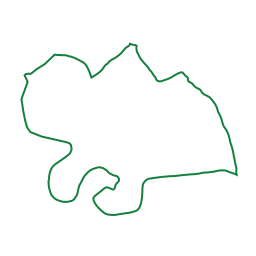 Al Abdiyah, Ma'rib, Yemen, rotated 81°
{"feature_id": "15242507B67185133145675", "entity_name": "Al Abdiyah", "entity_type": "district", "adm_level": 2, "iso_a3": "YEM", "parent_name": "Yemen", "parent_adm1": "Ma'rib", "projection": "natural_earth1", "projection_center": [45.391, 14.717], "detail": "fine", "context": "isolated", "style": "outline", "palette": "green", "viewbox_px": 256, "rotation_deg": 81, "n_neighbors": 0, "source": "geoboundaries", "source_scale": "gbopen_adm2", "svg_char_len": 5771}
<svg xmlns="http://www.w3.org/2000/svg" viewBox="0 0 256 256"><g transform="rotate(81 128 128)"><path d="M170.4,215.1L171.3,215.2L172.7,215.3L172.9,215.3L174.3,215.3L175.9,215.2L177.7,215.0L179.3,214.7L181.0,214.3L182.5,214.0L183.6,213.1L185.3,212.2L187.2,210.3L188.1,209.0L189.3,206.8L190.7,203.7L191.0,202.0L191.4,200.3L191.4,198.7L191.3,196.8L191.2,195.7L191.2,195.1L190.7,193.6L189.9,192.3L188.8,191.3L187.7,190.2L186.7,189.4L185.4,188.5L184.0,187.9L182.6,187.4L181.4,186.9L180.7,186.7L179.5,186.1L178.5,185.7L177.1,185.0L175.8,184.0L174.6,183.0L173.4,182.1L172.1,181.2L170.8,180.3L169.6,179.4L168.4,178.3L167.2,176.8L166.2,175.4L165.2,174.2L164.3,172.5L163.6,171.1L163.1,169.5L162.8,167.8L162.5,166.2L162.3,164.5L162.2,162.6L162.8,161.0L163.5,159.3L164.6,157.8L165.4,157.1L166.3,155.8L167.7,155.0L168.9,154.2L170.0,153.1L171.0,151.7L172.0,150.4L172.8,149.0L173.3,147.5L174.3,146.1L175.2,145.4L176.7,144.9L178.2,145.1L179.5,145.9L180.5,147.2L181.4,148.5L182.7,149.4L184.2,149.9L185.7,150.8L186.5,152.2L185.8,153.7L184.9,155.0L184.1,156.4L183.3,157.8L183.4,159.7L184.1,161.1L185.0,162.6L186.0,164.3L186.9,165.9L187.8,167.6L188.7,169.1L189.5,170.7L190.5,172.1L191.7,173.1L193.0,173.3L193.3,173.3L194.7,173.1L196.2,172.7L197.6,172.1L199.2,171.5L200.6,170.7L201.9,169.8L203.4,168.8L204.6,167.8L205.3,167.3L206.0,166.7L207.3,165.6L208.0,164.9L208.5,164.5L209.5,163.0L210.2,161.6L210.8,159.7L211.2,158.2L211.6,156.2L211.8,154.2L211.8,152.4L211.8,150.7L211.8,149.0L211.8,148.3L211.8,147.1L211.8,146.7L211.8,145.4L211.8,143.4L211.9,141.5L211.9,139.7L211.7,137.5L211.6,135.9L211.3,134.2L210.9,132.4L210.1,131.0L209.4,130.2L209.0,129.7L207.7,128.7L206.4,128.0L204.9,127.2L203.4,126.5L201.9,126.1L200.3,125.5L198.9,125.1L197.4,124.7L195.8,124.4L194.4,124.0L192.7,123.7L191.2,123.5L189.6,123.1L188.2,122.7L186.5,122.3L185.2,121.5L184.0,120.4L182.9,119.1L182.1,117.8L181.9,117.5L181.4,115.9L181.4,114.3L181.4,112.4L181.4,110.4L181.4,108.7L181.5,106.9L181.5,105.0L181.6,103.4L181.6,101.5L181.8,99.6L181.8,99.3L182.0,97.5L182.0,95.8L182.2,94.1L182.4,92.2L182.6,90.6L182.8,88.4L182.9,86.7L182.9,85.1L183.0,82.8L183.1,81.0L183.2,79.0L183.4,77.1L183.5,75.3L183.6,73.0L183.9,70.7L184.0,68.8L184.1,66.6L184.1,64.4L184.0,62.3L183.9,60.4L184.0,58.7L184.4,56.8L184.4,54.8L184.4,53.1L184.5,51.4L184.6,49.5L184.4,47.9L184.3,46.3L184.3,44.6L184.4,42.7L184.7,41.1L184.9,39.5L185.5,37.9L186.3,36.6L187.1,35.2L188.0,33.7L188.8,31.9L189.6,30.5L190.4,29.1L191.2,28.0L190.7,28.0L189.3,28.0L187.8,27.9L186.4,27.6L184.9,27.2L183.2,27.3L181.7,27.5L179.9,27.6L178.4,27.7L176.9,27.7L175.4,27.7L173.8,27.8L172.1,27.9L170.4,27.9L169.1,27.9L168.8,27.9L168.6,27.9L168.4,27.9L167.3,28.0L165.8,28.0L164.1,28.3L162.5,28.5L160.8,28.7L159.2,29.0L157.5,29.3L155.8,29.3L154.2,29.4L152.7,29.6L151.3,29.7L151.2,29.7L149.8,30.0L148.3,30.3L146.8,30.8L145.2,31.3L143.7,32.0L142.4,32.7L141.1,33.3L140.1,33.4L139.7,33.5L138.2,33.8L136.7,34.0L135.2,34.2L133.7,34.3L132.1,34.6L130.7,35.0L129.1,35.4L127.7,36.0L126.2,36.4L124.7,36.7L123.2,36.8L121.8,37.0L120.3,37.5L118.8,37.9L117.3,38.6L116.0,39.3L114.6,40.0L113.1,40.8L111.8,41.7L110.5,42.5L109.5,43.7L108.5,45.0L107.6,46.3L106.7,47.6L105.5,48.7L104.2,49.5L102.8,50.0L101.5,50.7L100.4,52.0L99.6,53.3L98.6,54.5L97.2,55.7L95.9,56.7L94.5,57.3L93.3,58.5L92.4,59.9L91.1,61.1L89.7,61.3L88.2,61.0L86.9,61.6L86.4,62.1L85.7,62.8L84.6,63.6L84.4,63.7L83.0,64.6L81.7,65.4L81.3,67.1L81.6,68.7L82.1,70.3L82.6,72.1L83.3,73.8L83.9,75.3L84.6,76.8L85.1,78.4L85.6,80.0L86.0,81.8L86.2,83.4L86.5,85.0L86.9,86.7L87.0,88.5L86.7,90.2L85.9,91.6L84.6,92.5L83.1,92.9L81.7,93.2L80.5,94.2L79.1,94.8L77.6,95.4L76.3,96.0L75.0,96.8L73.8,97.7L72.3,98.2L70.9,99.1L69.4,99.8L68.1,100.8L66.8,101.6L65.5,102.5L64.1,103.3L62.6,104.1L61.2,104.9L59.8,105.4L58.3,105.9L56.9,106.3L55.5,106.8L53.9,107.3L52.4,107.3L50.9,107.3L49.5,107.0L48.2,106.6L47.2,107.9L46.8,109.4L46.2,110.9L45.4,112.3L45.1,112.9L46.5,113.6L47.3,115.0L47.9,116.6L48.8,118.1L49.9,119.4L51.0,120.7L52.1,121.9L53.1,123.2L54.1,124.6L54.9,126.1L55.8,127.7L56.6,129.4L57.2,131.0L57.7,132.6L58.5,134.2L59.1,135.7L60.2,137.0L61.3,138.2L62.0,139.9L63.0,141.2L64.2,142.4L65.3,143.5L66.5,144.6L67.4,146.0L68.5,147.6L69.3,149.0L70.1,150.7L70.8,152.2L71.5,153.8L72.4,156.2L66.2,157.4L64.6,157.8L63.0,158.3L61.6,158.7L60.0,159.3L58.2,160.3L58.0,160.5L57.8,160.6L57.5,160.8L57.1,161.2L56.7,161.5L56.4,161.8L56.2,161.9L56.0,162.2L55.8,162.4L55.5,162.7L55.3,162.9L55.2,163.2L55.1,163.5L54.9,163.7L54.7,164.0L54.4,164.3L54.0,164.8L53.6,165.3L53.4,165.7L53.2,165.9L52.9,166.3L52.7,166.6L52.5,166.9L52.3,167.2L52.1,167.4L51.8,167.7L51.8,167.8L51.6,168.1L51.3,168.6L51.0,169.1L50.8,169.3L50.5,169.6L50.4,169.9L50.0,170.5L49.9,170.8L49.7,171.1L49.5,171.5L49.3,171.9L49.1,172.4L48.9,172.7L48.6,173.1L48.4,173.6L48.3,174.0L48.0,174.5L47.9,174.8L47.8,175.2L47.7,175.6L47.5,175.9L47.3,176.2L47.2,176.5L47.0,176.8L46.8,177.2L46.6,177.6L46.5,177.9L46.3,178.6L46.2,179.2L46.2,179.6L46.1,180.0L46.0,180.5L45.9,180.8L45.8,181.5L45.6,182.2L45.5,182.8L45.5,183.2L45.3,183.7L45.2,184.3L45.1,184.8L45.1,185.2L44.9,185.7L44.8,186.3L44.7,186.8L44.6,187.3L44.4,187.8L44.3,188.3L44.2,188.9L44.1,189.0L51.8,200.1L52.0,200.7L52.6,202.1L53.4,203.7L54.0,205.3L54.7,206.8L55.3,208.4L56.0,209.8L57.0,211.4L57.8,212.9L58.6,214.3L59.3,215.9L58.7,218.5L58.7,219.5L58.7,220.2L59.8,221.9L60.5,221.7L66.1,220.1L66.8,219.9L77.7,225.9L79.2,226.8L82.8,228.7L83.1,228.7L85.1,228.7L93.8,228.8L94.7,228.8L104.8,228.4L108.6,227.9L111.4,227.6L116.7,225.2L117.4,224.0L123.0,214.5L132.4,191.0L133.8,188.5L134.7,187.7L135.5,187.1L137.3,187.0L139.0,187.0L140.5,187.1L143.3,188.7L144.7,190.2L146.5,193.4L149.5,199.4L152.8,206.3L154.7,208.7L156.4,210.2L156.8,210.5L159.9,212.2L163.8,213.6L165.4,213.7L166.7,214.3L168.1,214.8L169.7,215.0L170.4,215.1Z" fill="none" stroke="#15803d" stroke-width="2"/></g></svg>